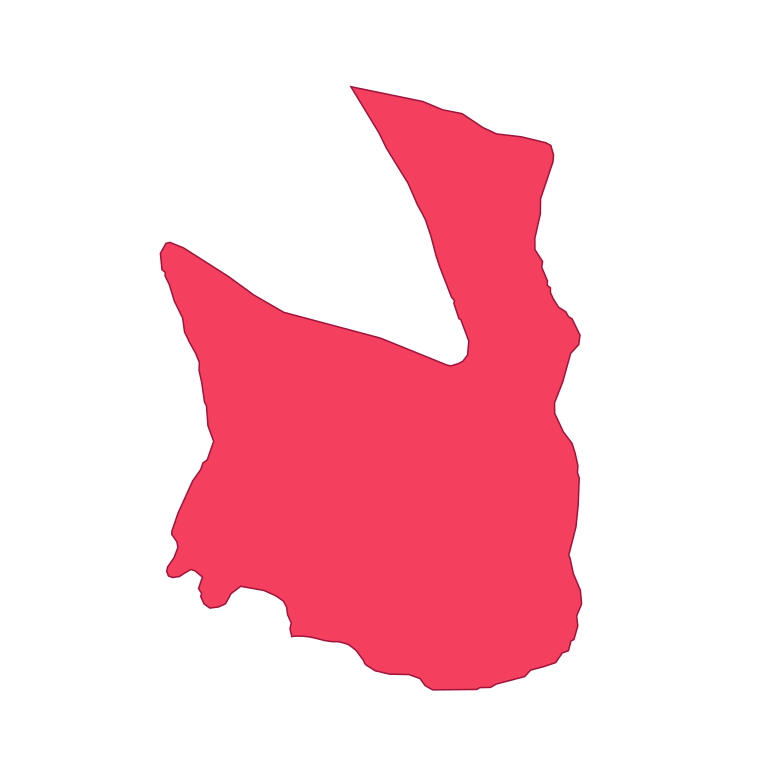 Usumatlán, Zacapa, Guatemala, rotated 15°
{"feature_id": "79465075B70422154839704", "entity_name": "Usumatlán", "entity_type": "district", "adm_level": 2, "iso_a3": "GTM", "parent_name": "Guatemala", "parent_adm1": "Zacapa", "projection": "robinson", "projection_center": [-89.805, 15.005], "detail": "fine", "context": "isolated", "style": "filled", "palette": "rose", "viewbox_px": 768, "rotation_deg": 15, "n_neighbors": 0, "source": "geoboundaries", "source_scale": "gbopen_adm2", "svg_char_len": 2234}
<svg xmlns="http://www.w3.org/2000/svg" viewBox="0 0 768 768"><g transform="rotate(15 384 384)"><path d="M612.8,614.8L622.0,608.6L625.8,597.7L631.2,593.9L631.2,583.8L633.6,581.7L633.8,567.5L630.1,558.2L631.8,545.4L627.1,532.5L615.9,518.0L608.6,503.7L606.8,501.8L606.4,472.2L602.8,450.2L596.9,424.3L593.8,419.5L592.4,412.7L586.4,401.1L581.0,392.7L569.6,383.8L556.5,368.2L553.6,358.0L556.1,335.8L556.4,306.1L561.9,295.5L560.7,286.1L548.8,272.4L544.8,271.2L540.9,267.2L532.8,264.7L525.4,257.9L521.1,252.6L519.9,248.0L516.2,246.5L515.2,242.1L506.1,230.4L505.5,224.6L495.0,215.1L492.0,204.2L491.0,179.3L487.3,164.6L489.7,126.0L488.6,119.1L483.5,110.5L478.2,109.1L452.8,109.7L427.9,113.3L413.1,110.7L389.6,102.7L369.6,104.0L348.5,101.1L275.1,105.4L314.3,142.9L325.4,155.7L355.4,184.0L370.2,202.6L378.0,210.7L381.7,214.9L391.0,228.9L400.9,246.3L407.2,256.0L426.6,282.5L430.6,285.4L430.5,287.8L439.5,301.5L441.5,301.9L454.8,320.5L457.2,334.3L454.3,341.6L450.3,345.2L443.9,349.2L439.7,349.4L368.6,340.6L268.6,340.7L235.4,331.8L205.5,320.3L155.4,304.5L140.6,302.6L137.0,304.6L134.2,315.7L140.0,331.1L143.8,332.8L144.5,336.2L150.8,343.4L160.1,358.3L172.4,372.3L177.9,385.4L182.0,390.1L184.9,393.6L194.0,403.0L200.1,411.0L201.8,418.6L207.7,430.1L215.2,447.7L218.2,451.2L224.8,470.0L234.3,483.4L232.9,503.1L229.6,506.9L229.1,514.1L224.3,527.0L218.5,561.9L217.2,581.0L217.9,584.2L224.8,590.0L227.2,595.2L226.2,605.9L222.3,616.8L222.7,621.4L225.5,625.2L229.7,625.7L236.3,622.9L239.3,619.4L245.4,613.2L249.7,613.3L258.6,617.5L257.8,629.6L262.0,633.4L262.0,636.8L267.1,643.0L273.8,645.5L281.9,642.2L287.8,637.3L290.5,626.1L297.9,616.5L321.3,614.5L334.0,616.5L343.1,619.8L347.7,624.8L350.6,631.8L356.3,638.9L356.5,644.7L360.3,651.9L362.7,650.8L365.0,650.1L367.0,649.6L370.4,648.7L376.5,647.7L382.6,647.3L388.4,647.2L392.9,647.2L396.3,646.8L400.7,646.3L404.9,645.1L407.4,644.7L409.7,644.6L411.8,644.6L413.7,644.7L415.7,644.7L418.2,645.3L420.9,646.3L424.4,647.9L426.2,648.7L428.3,650.4L431.1,652.6L435.8,656.4L437.7,658.9L439.5,660.1L449.7,663.3L464.6,662.8L483.2,658.2L495.0,659.2L501.8,664.7L510.0,666.9L552.8,655.0L555.1,652.5L565.4,649.5L570.2,644.7L595.6,630.2L599.6,622.5L612.8,614.8Z" fill="#f43f5e" stroke="#9f1239" stroke-width="1.5"/></g></svg>